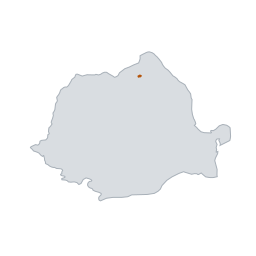 location of Ciprian Porumbescu, Suceava, Romania, rotated 347°
{"feature_id": "2599482B10276215213878", "entity_name": "Ciprian Porumbescu", "entity_type": "district", "adm_level": 2, "iso_a3": "ROU", "parent_name": "Romania", "parent_adm1": "Suceava", "projection": "mercator", "projection_center": [26.075, 47.579], "detail": "fine", "context": "in_parent", "style": "filled", "palette": "amber", "viewbox_px": 256, "rotation_deg": 347, "n_neighbors": 0, "source": "geoboundaries", "source_scale": "gbopen_adm2", "svg_char_len": 3733}
<svg xmlns="http://www.w3.org/2000/svg" viewBox="0 0 256 256"><g transform="rotate(347 128 128)"><path d="M196.1,145.0L198.3,148.1L201.2,149.7L207.7,151.5L208.2,151.3L208.3,151.0L207.9,150.5L207.8,149.9L208.1,149.2L209.0,149.2L210.5,149.8L213.3,148.9L217.4,146.4L221.2,145.9L224.6,147.4L226.4,149.1L227.5,150.7L227.2,152.7L227.0,153.9L226.1,159.1L225.4,161.0L224.4,163.1L213.7,165.7L214.4,164.4L214.2,162.3L213.7,160.7L214.7,159.2L212.3,158.7L211.2,159.5L210.4,160.9L211.1,164.1L210.0,165.9L209.5,166.9L209.5,169.2L208.8,170.2L208.6,171.4L210.3,171.1L209.6,173.1L206.4,177.0L205.2,179.3L205.5,188.4L204.1,193.9L204.0,195.5L200.6,195.5L199.6,195.4L196.3,194.6L192.7,193.1L190.6,190.3L189.2,188.3L186.2,189.2L185.6,189.0L184.7,188.0L182.4,187.4L179.6,187.4L173.2,183.7L172.5,183.1L167.4,183.7L159.9,185.5L154.1,187.7L148.2,191.7L145.8,194.8L143.0,196.4L139.0,197.6L131.9,197.1L124.5,195.6L116.6,194.0L112.3,194.9L106.5,194.2L97.7,192.2L91.2,191.6L84.8,192.8L83.7,191.9L83.5,190.9L83.7,189.5L84.6,188.3L86.2,187.5L87.0,186.6L87.1,185.7L85.3,184.2L81.7,182.2L80.3,181.0L79.9,180.7L79.8,179.6L79.1,178.7L77.7,178.0L76.6,176.9L75.8,175.2L76.0,173.6L77.1,172.1L78.5,171.4L80.2,171.6L80.9,171.2L80.6,170.2L78.9,168.8L75.9,167.2L72.8,168.1L69.7,171.5L67.4,172.0L66.0,169.7L63.5,168.4L60.0,167.9L57.8,167.1L57.0,165.7L55.4,164.7L52.0,163.6L51.9,162.6L52.5,162.3L53.7,162.2L55.3,162.0L55.6,161.4L55.6,160.9L54.3,160.2L53.0,159.7L52.4,159.3L51.9,158.7L51.8,158.2L52.2,157.8L52.7,157.8L53.3,157.5L53.5,156.2L54.2,155.2L54.8,154.8L54.7,154.1L54.2,153.3L53.5,152.7L52.4,152.3L49.2,151.3L47.5,149.8L46.5,149.7L44.9,148.9L43.2,147.6L41.7,145.7L40.1,144.5L39.7,144.0L39.6,143.5L39.9,143.0L39.9,142.4L39.5,140.6L39.8,138.7L39.7,136.8L39.7,136.0L39.4,135.8L39.1,136.0L38.7,136.4L38.3,136.4L37.1,135.1L35.6,132.4L34.6,131.5L32.6,130.2L30.9,129.2L29.7,126.9L28.5,125.2L29.3,124.4L34.1,123.4L36.3,124.4L37.3,124.0L38.3,123.2L38.8,122.5L38.9,121.8L39.4,121.0L41.0,120.6L45.2,121.1L47.0,119.9L47.6,119.2L48.0,117.7L48.4,116.5L50.0,115.9L49.9,114.8L49.7,113.7L50.6,111.0L51.1,109.9L52.0,109.5L53.1,108.7L54.9,107.0L54.4,105.5L54.8,104.4L56.7,101.6L58.1,99.0L58.1,97.7L58.3,96.5L59.6,95.3L60.9,93.6L62.7,88.5L63.3,87.6L64.5,86.6L65.3,85.6L65.4,82.2L66.2,81.3L67.8,80.1L69.3,78.4L70.6,76.3L71.6,75.3L72.8,75.0L74.2,74.2L75.8,73.9L77.3,74.3L78.2,74.1L79.7,73.1L83.4,69.2L83.9,68.4L84.6,67.9L87.6,66.5L88.4,65.2L89.4,64.0L90.7,64.1L95.1,67.1L99.7,66.9L100.6,67.0L100.8,67.0L101.4,67.3L107.6,68.8L108.5,68.6L108.8,68.5L111.3,69.7L113.4,69.5L115.5,68.7L117.7,68.4L119.7,68.9L121.2,70.6L125.1,74.2L126.3,75.6L128.1,75.4L130.1,74.7L132.1,72.3L138.3,69.5L143.0,68.9L147.7,67.8L153.0,67.0L154.6,64.7L155.4,63.2L156.0,60.3L158.9,59.5L161.6,58.9L162.6,58.6L164.6,58.4L166.1,58.7L168.5,60.1L170.2,61.9L170.9,63.3L172.3,65.2L173.8,68.0L175.5,71.7L175.8,73.6L176.5,75.6L177.7,78.0L180.1,80.7L180.4,81.2L181.5,83.1L183.5,87.3L185.3,89.0L186.8,90.9L187.5,92.7L188.6,94.4L191.1,96.6L193.2,98.6L194.8,104.3L196.0,106.9L196.7,108.9L196.3,113.0L196.8,114.7L195.9,117.9L194.2,124.2L193.8,129.3L194.0,132.0L194.1,133.7L194.5,134.8L194.9,137.1L195.0,139.1L194.4,139.7L193.6,140.1L193.2,140.5L194.0,141.4L195.1,143.1L196.1,145.0Z" fill="#d9dde1" stroke="#a8b0b8" stroke-width="1"/><path d="M150.4,80.6L150.5,80.5L150.8,80.5L150.9,80.4L151.0,80.4L151.3,80.3L151.5,80.3L151.6,80.5L151.7,80.4L151.8,80.4L152.0,80.3L152.3,80.3L152.4,80.2L152.2,80.0L152.2,79.9L152.0,79.7L151.9,79.4L151.8,79.2L151.8,79.3L151.7,79.3L151.4,79.4L151.5,79.4L151.4,79.4L151.4,79.5L151.2,79.5L150.9,79.5L150.7,79.5L150.4,79.7L150.2,79.7L149.9,79.7L149.8,79.8L149.7,79.8L149.6,80.0L149.7,80.3L149.7,80.5L149.8,80.6L150.0,80.5L150.3,80.6L150.4,80.6Z" fill="#f59e0b" stroke="#b45309" stroke-width="1.5"/></g></svg>